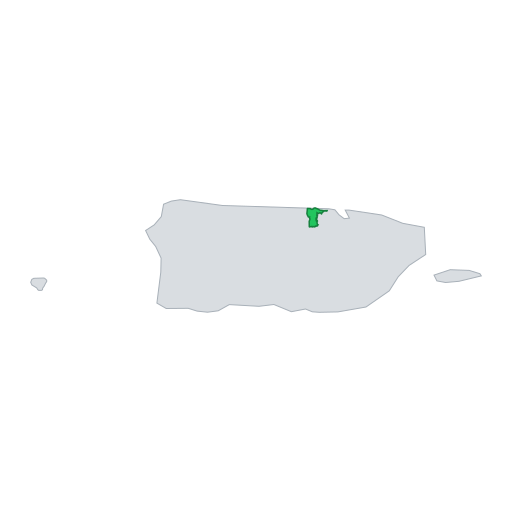 Dorado, Puerto Rico shown in context
{"feature_id": "32010507B14965508281660", "entity_name": "Dorado", "entity_type": "district", "adm_level": 2, "iso_a3": "PRI", "parent_name": "Puerto Rico", "parent_adm1": "", "projection": "robinson", "projection_center": [-66.267, 18.432], "detail": "fine", "context": "in_parent", "style": "filled", "palette": "green", "viewbox_px": 512, "rotation_deg": 0, "n_neighbors": 0, "source": "geoboundaries", "source_scale": "gbopen_adm2", "svg_char_len": 2517}
<svg xmlns="http://www.w3.org/2000/svg" viewBox="0 0 512 512"><path d="M339.0,214.8L344.2,218.7L349.4,218.1L345.2,210.1L349.0,210.1L381.7,215.0L402.7,223.3L424.3,227.3L425.7,254.5L409.1,265.4L398.2,276.8L389.3,290.8L366.0,307.0L337.9,311.9L319.3,312.3L312.3,311.8L305.5,309.0L291.4,311.7L273.9,304.5L259.0,306.3L229.3,304.6L218.2,310.8L207.5,312.2L197.1,311.1L188.2,308.3L166.2,308.5L156.9,303.1L160.8,272.1L161.1,258.1L155.7,246.5L149.8,239.2L145.6,230.5L154.2,224.9L161.3,216.6L163.6,204.2L171.3,201.1L180.4,199.7L222.5,205.5L328.9,208.8L334.9,209.8L339.0,214.8ZM459.0,281.3L445.6,282.5L436.9,280.9L434.0,275.1L450.2,269.7L469.1,270.4L479.9,273.7L481.3,275.9L459.0,281.3ZM41.7,290.3L40.1,290.4L38.5,290.3L37.8,289.7L36.7,287.9L31.9,285.0L30.7,282.3L31.8,279.4L33.8,278.3L43.7,278.0L44.7,278.3L46.7,280.2L46.7,281.6L45.7,283.0L44.0,286.4L43.3,287.3L42.7,288.1L42.5,289.7L41.7,290.3Z" fill="#d9dde1" stroke="#a8b0b8" stroke-width="1"/><path d="M318.0,224.8L317.7,224.6L317.2,224.1L317.1,222.7L317.0,222.1L316.7,221.7L317.4,221.2L317.4,220.9L317.1,220.4L316.6,220.3L316.4,220.8L316.1,220.3L316.1,219.9L316.0,219.6L316.3,219.1L316.6,219.2L316.8,218.8L316.7,218.5L316.3,218.8L316.0,218.4L316.2,217.9L316.5,217.6L317.1,217.5L317.1,216.9L317.0,216.5L317.1,216.2L317.5,215.9L317.5,215.7L316.8,215.3L317.2,214.5L316.9,214.2L316.9,213.8L316.9,213.6L317.0,212.8L317.3,213.1L317.6,213.0L318.1,213.5L318.3,213.6L318.8,213.5L319.1,213.1L319.4,212.9L319.9,212.7L320.3,212.9L320.9,213.3L321.2,213.7L321.5,213.9L321.7,213.7L321.5,213.3L321.6,213.1L322.7,212.1L323.8,211.4L324.4,210.9L324.8,210.8L325.3,210.8L325.9,211.1L326.3,211.1L327.0,210.9L327.1,210.6L323.5,210.7L321.9,210.4L319.8,210.2L318.6,209.4L318.4,209.3L317.7,209.0L317.4,208.8L317.0,208.7L316.6,208.5L315.5,208.1L315.1,207.9L313.9,208.2L313.8,208.3L313.5,208.6L313.1,208.9L313.1,209.0L312.6,209.2L312.5,209.3L312.2,209.4L311.7,209.4L310.8,209.0L310.4,208.7L310.1,208.5L308.8,208.6L307.9,208.4L307.4,208.6L307.3,209.0L307.3,209.8L306.9,213.6L307.2,214.6L307.5,215.3L307.6,215.6L307.8,215.9L308.4,217.0L309.6,217.0L309.5,217.3L309.6,218.2L309.7,218.3L309.8,218.7L310.0,219.0L309.9,219.5L309.6,220.3L309.3,221.0L309.2,221.5L309.3,226.7L309.6,226.9L309.8,226.7L310.9,226.7L311.4,226.5L312.1,226.5L312.2,226.9L312.9,226.9L313.3,226.8L313.8,226.5L314.5,226.6L314.6,226.8L315.0,226.6L315.0,226.4L315.4,226.2L315.6,226.4L316.1,225.9L316.7,226.1L317.0,226.1L317.2,225.7L317.6,225.6L317.7,225.1L317.9,224.9L318.0,224.8Z" fill="#22c55e" stroke="#15803d" stroke-width="1.5"/></svg>